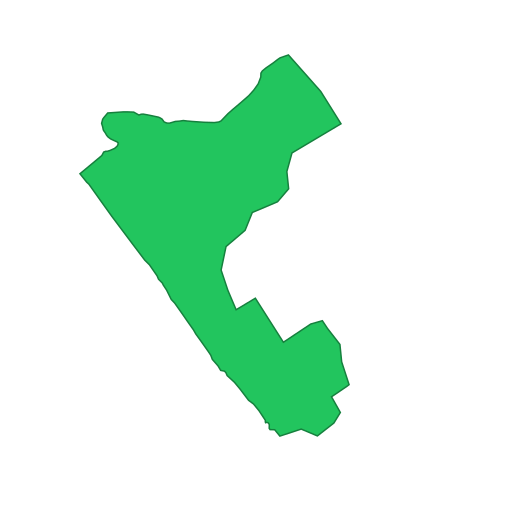 Ablekuma West Municipal, Greater Accra, Ghana, rotated 67°
{"feature_id": "2480657B12570528382412", "entity_name": "Ablekuma West Municipal", "entity_type": "district", "adm_level": 2, "iso_a3": "GHA", "parent_name": "Ghana", "parent_adm1": "Greater Accra", "projection": "robinson", "projection_center": [-0.256, 5.538], "detail": "fine", "context": "isolated", "style": "filled", "palette": "green", "viewbox_px": 512, "rotation_deg": 67, "n_neighbors": 0, "source": "geoboundaries", "source_scale": "gbopen_adm2", "svg_char_len": 1774}
<svg xmlns="http://www.w3.org/2000/svg" viewBox="0 0 512 512"><g transform="rotate(67 256 256)"><path d="M167.5,126.1L129.8,132.1L83.6,147.6L83.0,156.4L83.6,159.4L85.0,164.7L86.7,173.0L88.1,177.8L89.6,180.0L93.2,181.7L98.4,186.7L102.4,193.2L105.6,200.0L109.0,210.4L111.9,219.8L114.0,226.1L116.1,231.0L118.0,235.4L118.1,237.9L116.9,242.2L112.6,251.6L107.1,262.4L105.9,264.6L104.8,266.7L102.9,270.0L101.9,273.9L100.6,277.7L99.9,283.8L98.8,286.1L96.7,288.2L93.2,289.0L91.4,290.3L90.1,291.5L88.0,294.5L85.9,297.5L83.3,301.3L81.3,304.4L80.6,306.4L80.5,308.7L75.8,312.3L75.1,313.8L73.3,317.6L71.4,322.1L66.4,336.6L69.2,342.1L70.2,343.7L73.6,346.3L77.4,346.7L80.2,347.3L81.3,347.2L83.4,346.7L86.6,346.3L88.6,345.7L91.4,344.1L94.1,341.7L96.6,339.4L97.8,338.7L99.4,339.4L100.7,341.0L101.7,344.2L101.8,349.3L101.5,352.0L100.9,353.3L100.8,355.6L101.8,356.8L103.3,358.7L111.5,385.9L121.9,383.0L124.5,381.8L145.4,377.2L163.3,373.2L196.5,365.0L216.4,360.0L222.5,357.5L225.5,356.9L235.6,354.8L239.3,354.8L244.3,352.8L246.5,352.7L252.5,351.6L262.9,351.0L267.4,349.3L273.3,348.0L283.2,345.9L289.5,344.6L299.7,342.4L304.2,341.9L312.5,340.0L324.5,337.4L329.7,336.4L334.1,336.6L342.3,333.9L347.5,333.2L349.7,330.0L351.6,329.3L354.8,329.3L363.8,325.2L371.8,322.8L386.0,319.2L391.3,316.1L399.5,313.7L410.9,311.6L412.5,312.3L413.3,312.2L413.2,311.3L414.2,310.0L416.3,309.6L419.8,311.2L421.3,310.9L422.0,309.4L423.2,306.7L431.1,304.4L433.0,282.0L445.6,269.8L440.2,249.6L433.0,239.5L415.1,241.5L411.5,223.3L410.8,220.6L386.9,218.5L370.2,213.3L350.6,218.5L341.5,220.2L340.0,232.1L346.1,264.5L294.6,273.1L297.7,295.3L276.5,295.3L255.3,293.6L235.6,279.9L228.1,256.0L214.5,242.4L214.5,215.0L206.9,199.7L190.3,194.6L175.2,182.6L167.5,126.1Z" fill="#22c55e" stroke="#15803d" stroke-width="1.5"/></g></svg>